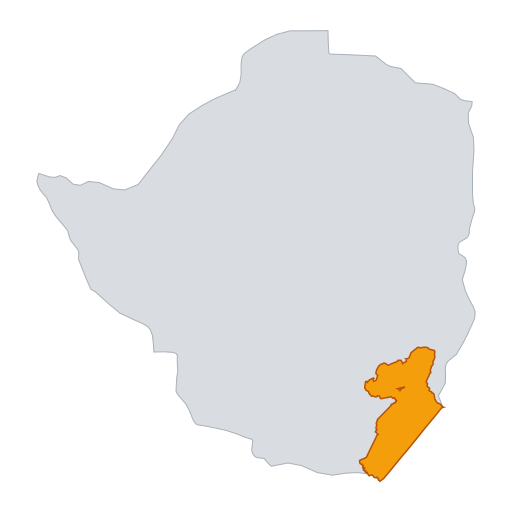 location of Chiredzi, Masvingo, Zimbabwe
{"feature_id": "62879985B37979176120849", "entity_name": "Chiredzi", "entity_type": "district", "adm_level": 2, "iso_a3": "ZWE", "parent_name": "Zimbabwe", "parent_adm1": "Masvingo", "projection": "natural_earth1", "projection_center": [31.656, -21.413], "detail": "fine", "context": "in_parent", "style": "filled", "palette": "amber", "viewbox_px": 512, "rotation_deg": 0, "n_neighbors": 0, "source": "geoboundaries", "source_scale": "gbopen_adm2", "svg_char_len": 7662}
<svg xmlns="http://www.w3.org/2000/svg" viewBox="0 0 512 512"><path d="M378.7,480.0L373.7,476.2L366.7,473.7L358.0,472.6L346.5,473.1L332.5,475.2L317.4,472.6L301.3,465.5L287.9,463.0L272.0,466.1L271.3,466.2L268.5,463.8L264.1,458.5L256.8,457.6L254.8,456.4L253.2,454.5L252.1,452.0L251.7,449.3L252.8,440.7L252.2,439.7L250.2,438.7L246.2,437.7L236.6,433.8L224.5,430.0L204.9,425.9L197.3,424.8L195.5,423.6L193.3,420.4L189.4,410.6L185.9,404.1L177.4,394.1L176.0,391.0L176.4,383.0L176.9,376.6L177.8,371.2L177.4,366.1L177.2,359.7L177.4,355.5L176.3,353.7L173.2,352.4L164.5,351.8L153.9,352.0L153.5,345.6L152.5,335.6L150.4,329.9L148.0,326.9L143.1,323.8L133.3,319.5L119.8,313.1L108.3,303.5L95.1,291.6L91.0,289.5L86.0,278.3L78.5,259.2L78.9,252.8L77.8,249.6L70.5,240.2L68.9,235.3L67.6,230.4L56.0,216.6L52.1,210.6L49.1,202.9L46.0,196.7L43.5,194.2L40.2,190.0L37.9,185.2L36.9,181.6L37.7,176.8L38.8,173.5L49.7,177.0L55.6,177.3L60.2,175.6L66.0,177.8L72.9,184.1L80.4,185.3L88.5,181.4L99.4,182.6L113.2,188.8L124.6,190.0L138.1,184.5L150.1,169.2L161.5,154.8L172.6,138.2L179.3,124.8L189.1,113.9L202.1,105.5L215.4,98.4L235.8,89.7L235.8,89.8L239.8,82.6L241.1,74.7L241.1,63.9L242.1,56.8L244.3,53.6L247.6,51.1L252.0,47.9L265.4,39.6L276.7,34.3L290.3,30.8L305.4,30.8L319.8,30.7L328.0,30.7L328.2,41.2L328.8,53.0L330.4,54.1L341.3,54.4L358.8,55.2L375.6,56.0L386.3,64.5L389.9,66.3L401.1,68.6L415.3,82.9L432.5,84.2L444.2,88.7L454.6,93.6L460.6,99.4L464.5,100.7L469.7,101.2L472.2,101.7L471.7,105.9L468.2,113.1L468.6,123.3L473.4,137.5L474.0,149.9L472.5,171.7L472.5,192.8L473.0,200.3L473.8,205.3L474.8,208.0L474.6,211.2L471.7,220.0L469.4,229.3L469.3,233.0L468.4,235.7L466.7,238.0L459.3,242.3L458.0,245.0L458.0,249.8L458.9,253.8L461.7,255.3L465.1,257.6L466.4,260.7L466.4,263.9L465.3,269.8L462.3,279.6L465.3,290.8L468.6,298.1L473.2,306.6L475.1,311.8L475.0,315.6L474.3,319.2L467.4,334.6L462.4,344.2L456.3,354.5L448.2,361.0L446.2,364.1L445.3,367.6L445.6,375.3L445.2,383.4L438.4,395.8L442.6,406.5L441.6,407.5L439.3,409.0L429.4,421.0L419.4,433.2L412.1,442.0L403.9,452.2L394.6,463.5L386.6,473.1L378.7,480.0Z" fill="#d9dde1" stroke="#a8b0b8" stroke-width="1"/><path d="M369.0,475.7L369.4,475.8L369.9,475.4L370.9,475.1L371.6,475.1L372.3,475.2L372.8,475.3L373.0,475.5L373.4,476.1L373.5,476.5L373.7,476.9L373.9,477.1L374.4,477.5L374.7,477.6L375.3,477.7L375.7,477.6L376.3,477.4L376.5,477.3L377.4,477.4L378.0,478.1L378.4,479.1L378.6,480.2L378.8,480.3L379.7,480.9L379.9,481.3L383.7,478.5L389.1,472.0L390.6,470.2L404.3,453.5L405.0,452.9L418.5,436.3L424.8,428.4L435.1,416.0L441.7,407.8L441.9,407.7L442.3,407.7L443.0,407.4L443.6,407.2L443.2,407.1L442.9,407.0L442.6,406.7L441.9,406.2L441.3,405.5L441.1,405.0L440.5,404.2L440.1,404.0L439.6,403.7L438.8,403.5L438.4,403.2L437.9,403.2L437.5,403.1L437.0,402.6L436.8,402.2L436.6,402.0L436.0,401.5L435.6,400.7L435.7,400.2L435.0,399.5L434.7,399.0L434.7,398.4L434.6,397.3L433.9,394.1L433.7,393.7L433.4,393.3L433.0,393.2L432.7,393.2L432.4,393.3L432.0,393.2L431.9,392.9L431.8,392.3L431.7,392.0L431.1,391.8L430.8,391.4L430.7,391.3L430.2,391.2L429.8,391.2L429.5,391.0L429.1,390.2L429.0,389.7L429.3,389.3L429.5,389.1L429.6,388.6L429.5,388.3L429.2,387.8L428.4,387.2L427.8,387.1L427.4,386.6L427.2,386.0L427.1,385.9L427.1,385.3L427.5,384.1L427.4,383.3L426.8,382.7L426.4,382.6L426.3,382.2L426.2,382.1L426.2,381.8L426.2,381.5L426.4,381.0L426.9,380.3L427.2,379.6L427.3,379.5L427.3,379.1L427.4,378.9L427.4,378.6L427.5,378.3L427.9,377.9L428.0,377.6L428.8,376.1L429.1,375.3L429.2,374.8L429.3,374.5L429.6,373.7L430.0,373.5L430.4,373.2L430.6,372.8L430.7,372.4L430.9,372.1L430.8,371.9L430.6,371.8L430.3,371.3L430.3,371.1L430.3,370.8L430.3,370.6L430.3,370.3L430.5,370.1L430.6,369.4L430.7,368.7L431.1,367.9L431.3,367.5L431.2,366.7L431.3,366.2L431.7,365.9L432.1,365.8L432.4,365.5L432.9,364.7L433.2,363.2L433.0,361.8L433.0,361.5L433.0,361.2L433.2,360.8L433.6,360.4L433.8,360.1L433.9,359.7L434.0,359.4L434.3,358.5L434.6,358.0L434.8,357.3L434.7,355.6L434.7,355.3L434.6,355.2L434.6,354.9L434.4,354.6L434.4,354.2L434.6,353.7L434.8,352.8L434.8,351.9L434.5,350.5L434.2,350.5L434.2,350.4L433.1,350.3L432.4,349.9L432.1,349.9L431.9,349.8L429.5,349.3L429.1,349.1L429.1,348.9L428.8,348.7L428.6,348.4L428.4,348.1L427.1,347.6L426.8,347.5L426.8,347.4L425.1,347.2L424.4,347.2L424.3,347.3L424.0,347.3L423.3,347.3L422.6,347.4L422.1,347.6L420.9,347.7L419.5,347.7L418.9,347.4L418.6,347.2L418.3,347.2L418.2,347.2L417.6,347.6L417.1,347.9L416.9,348.1L416.7,348.1L416.6,348.3L411.0,352.7L410.3,354.7L409.9,355.7L409.0,357.8L406.8,358.9L406.0,358.9L406.4,359.2L406.3,359.4L406.4,359.6L406.2,360.2L406.2,360.5L406.4,361.1L406.2,361.1L406.2,361.3L406.2,361.5L404.6,362.3L403.1,363.0L402.8,363.6L401.1,360.3L398.0,360.3L396.9,361.7L396.3,361.8L393.6,362.9L391.4,363.7L388.2,365.4L385.3,363.3L384.0,363.1L380.9,364.3L378.7,366.1L376.5,370.1L376.5,370.5L376.2,371.5L375.9,372.8L376.0,373.2L376.0,373.6L376.2,374.1L376.6,374.3L377.1,374.8L377.5,375.2L377.7,375.5L377.3,376.6L376.2,380.2L373.7,381.4L373.0,379.2L373.9,378.3L373.2,378.0L372.3,378.6L371.2,379.0L370.5,379.4L370.0,379.5L368.2,381.2L367.3,382.3L367.2,382.1L367.0,381.9L367.1,381.7L366.9,381.4L366.6,381.5L366.2,381.8L366.0,381.7L365.8,381.5L365.6,381.6L364.8,386.6L364.7,388.0L365.1,388.4L365.5,389.4L365.8,389.8L366.0,390.3L367.3,390.9L367.9,391.3L368.4,391.5L368.6,391.6L368.7,391.9L368.7,392.8L369.2,393.3L369.3,393.6L369.6,394.4L370.0,394.7L370.5,394.9L370.7,395.1L371.0,395.6L371.2,396.0L371.3,396.1L371.8,396.3L372.7,396.1L373.2,396.1L374.1,396.5L374.4,396.7L375.9,396.9L377.1,396.6L377.5,395.7L378.4,395.8L379.3,396.0L379.9,396.8L380.1,398.0L380.8,398.7L382.4,398.5L383.7,398.1L387.8,397.5L389.5,397.1L390.4,396.6L390.6,396.7L391.4,396.9L391.9,397.4L392.1,397.6L392.6,398.2L392.8,398.3L393.5,398.3L393.8,398.2L394.2,397.9L394.5,397.9L394.7,398.1L394.7,398.5L394.9,398.9L395.1,399.2L395.4,399.5L395.7,399.7L396.0,400.0L396.1,400.3L396.6,400.7L396.5,400.9L396.4,400.8L396.2,400.8L396.2,400.7L395.8,400.9L395.7,401.2L395.7,401.4L395.6,401.7L395.6,401.8L395.5,402.3L395.2,402.4L395.3,402.6L394.7,402.9L394.1,402.9L393.8,403.3L393.7,403.3L393.5,403.5L393.4,403.5L392.8,403.7L392.2,404.1L392.0,404.4L391.8,404.4L391.6,404.4L391.4,404.5L391.2,404.4L391.0,404.9L390.9,405.3L391.0,405.7L390.8,405.8L390.7,406.0L388.8,407.9L377.5,419.4L377.5,419.9L377.3,420.3L376.6,422.4L376.2,423.2L376.4,424.0L376.7,424.4L376.6,425.0L376.6,425.3L376.7,425.6L376.7,425.8L376.5,426.2L376.2,426.5L376.0,428.5L376.4,429.1L376.5,429.4L376.8,429.4L376.7,429.6L376.8,429.7L376.9,429.8L376.7,430.1L376.5,430.3L376.0,430.6L375.9,431.0L375.5,431.3L375.4,431.7L375.4,432.0L376.4,432.5L376.5,432.8L377.2,433.9L377.6,434.2L378.1,434.4L377.0,435.3L376.5,436.1L376.4,436.6L366.3,457.4L363.9,458.5L362.6,459.2L361.9,459.2L361.3,459.7L360.3,460.0L359.7,460.4L359.5,460.8L359.7,461.6L359.7,462.3L360.1,463.6L360.5,463.9L361.0,464.0L361.7,464.0L361.8,464.1L362.0,464.5L361.9,464.9L362.5,465.1L362.9,465.1L363.0,465.4L363.2,466.2L363.0,466.4L362.8,467.0L363.2,467.0L363.4,467.1L363.4,467.3L363.2,467.8L363.0,468.0L363.2,468.4L363.3,468.3L363.4,468.2L363.8,467.8L364.0,467.8L364.3,468.0L364.6,468.2L364.6,468.4L364.7,468.6L364.4,468.9L364.1,469.0L363.8,468.8L363.5,468.8L363.4,469.2L363.4,469.5L363.5,469.5L363.3,469.8L363.6,470.1L364.0,470.0L364.4,470.8L364.6,471.0L364.9,471.1L365.3,471.0L365.6,471.0L365.4,471.3L365.4,471.6L365.5,471.8L365.4,472.1L365.5,472.3L366.1,472.2L366.5,472.8L367.1,472.5L367.3,472.5L367.3,473.1L367.4,473.4L367.9,473.9L368.1,474.2L368.2,474.6L369.0,475.6L369.0,475.7ZM397.5,388.7L404.3,387.0L404.4,387.4L404.4,387.5L403.6,387.7L402.4,388.3L401.5,388.4L401.3,388.5L401.2,388.8L401.0,389.3L400.0,390.7L398.4,389.1L397.5,388.7Z" fill="#f59e0b" stroke="#b45309" stroke-width="1.5"/></svg>